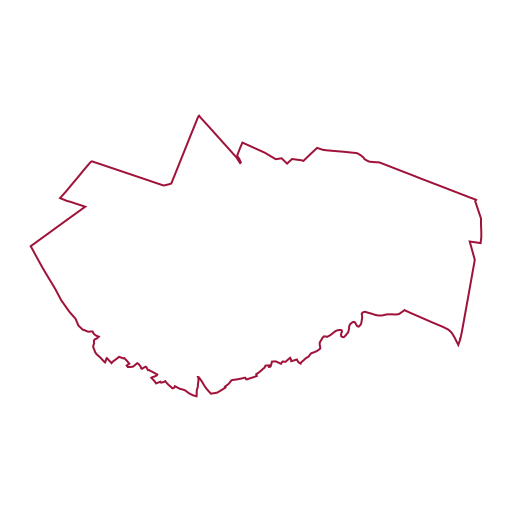 Horodnic De Jos, Suceava, Romania (Mercator projection)
{"feature_id": "2599482B73585952191723", "entity_name": "Horodnic De Jos", "entity_type": "district", "adm_level": 2, "iso_a3": "ROU", "parent_name": "Romania", "parent_adm1": "Suceava", "projection": "mercator", "projection_center": [25.836, 47.87], "detail": "fine", "context": "isolated", "style": "outline", "palette": "rose", "viewbox_px": 512, "rotation_deg": 0, "n_neighbors": 0, "source": "geoboundaries", "source_scale": "gbopen_adm2", "svg_char_len": 4793}
<svg xmlns="http://www.w3.org/2000/svg" viewBox="0 0 512 512"><path d="M480.6,243.1L481.3,237.2L481.3,232.1L481.0,224.3L481.0,218.5L475.2,201.2L475.6,200.5L476.1,199.9L475.1,199.4L469.9,197.5L450.8,190.1L443.6,187.3L422.7,179.3L411.6,174.9L401.2,170.9L388.4,165.9L386.6,165.2L380.6,162.9L379.2,162.4L375.8,162.2L373.6,162.1L370.5,161.8L368.9,161.5L367.2,160.7L365.3,159.6L364.5,159.1L364.0,158.3L363.3,157.4L361.2,155.6L358.0,153.6L356.6,153.1L355.9,153.0L351.8,152.6L343.1,151.7L334.5,151.0L326.5,150.3L324.2,150.0L322.5,149.7L320.4,149.0L317.1,147.9L310.7,153.9L303.4,160.9L301.6,160.3L292.1,159.0L290.1,160.8L287.1,163.6L281.6,158.3L275.7,159.2L265.0,152.8L242.4,142.6L239.8,148.7L237.4,154.9L237.3,155.8L237.5,156.4L238.2,157.4L239.3,158.9L239.7,160.0L240.5,161.6L240.8,162.4L240.5,162.8L240.1,163.1L236.6,157.6L208.7,126.5L200.7,117.8L199.1,115.7L198.5,116.3L197.7,117.9L193.1,129.3L191.4,133.4L185.0,149.4L175.7,172.6L171.5,183.0L171.1,183.6L168.2,184.5L163.6,185.5L158.2,183.7L142.6,178.4L109.7,167.3L92.1,161.4L91.4,161.5L90.9,161.8L90.1,162.6L88.5,164.5L83.4,170.5L79.1,175.8L68.6,188.3L66.0,191.5L60.0,198.1L67.1,201.0L68.5,201.3L70.0,201.7L77.6,204.2L83.7,206.2L85.2,206.7L67.6,219.4L30.7,246.2L32.0,248.5L35.9,255.7L43.1,268.8L55.1,288.7L61.3,300.4L69.4,311.8L75.5,318.7L78.5,325.7L82.9,329.8L84.7,330.2L86.4,331.1L88.4,331.7L89.5,331.6L91.9,331.4L92.7,331.6L93.2,332.9L94.4,334.4L96.3,335.7L98.8,336.7L98.2,337.3L97.6,337.9L96.2,338.8L94.6,339.4L93.9,340.8L94.0,342.0L94.1,343.3L93.2,345.9L93.4,347.8L94.2,349.5L95.2,352.3L96.7,354.3L98.8,356.2L100.7,357.9L102.5,359.9L103.3,360.8L105.0,362.4L105.1,362.2L105.5,361.5L105.8,360.6L106.1,359.7L106.4,358.8L106.8,358.1L107.0,358.2L109.1,360.5L111.1,362.6L111.5,363.1L112.4,362.0L113.2,361.3L113.9,360.8L115.7,359.5L117.6,358.0L119.1,356.8L123.4,358.4L124.2,358.0L126.8,360.7L129.3,363.7L126.7,365.5L127.8,367.0L131.2,366.9L133.1,366.6L135.3,364.8L137.2,363.2L137.7,363.6L138.7,364.0L139.5,365.2L140.3,366.2L141.1,367.6L141.2,368.4L142.0,368.8L143.6,367.8L145.5,366.7L146.3,367.0L147.2,368.8L148.1,370.2L149.0,370.0L149.6,370.5L152.2,371.7L154.4,373.0L157.3,374.5L156.8,375.4L154.6,376.5L152.4,377.1L151.3,377.8L153.9,380.4L155.1,382.0L156.1,383.4L160.4,381.7L161.0,382.6L162.6,382.4L164.2,381.8L165.3,381.1L165.7,381.8L168.3,384.7L170.0,386.1L172.5,388.3L173.1,388.2L174.1,387.7L174.7,386.8L174.9,386.2L180.0,388.9L181.4,389.2L183.0,389.6L184.4,390.1L185.5,390.6L186.6,391.5L188.5,392.9L190.1,393.9L192.4,395.0L193.3,395.4L194.9,395.8L195.9,396.1L196.5,396.3L196.7,395.0L196.7,393.1L196.7,391.8L196.8,390.2L197.0,389.4L197.7,387.4L197.8,386.6L197.9,384.8L198.1,383.2L198.4,381.1L198.5,378.8L198.3,377.8L198.0,377.0L198.3,377.0L198.7,377.2L199.3,377.9L200.3,379.3L201.7,381.2L202.9,383.2L204.1,385.3L205.7,387.7L207.1,389.4L208.9,391.5L211.0,393.7L213.2,393.3L216.5,392.8L217.7,392.4L218.2,392.0L220.1,390.9L224.0,388.5L225.4,387.6L224.9,387.0L224.8,386.8L224.9,386.7L228.2,384.2L229.0,383.5L230.8,381.1L231.5,380.3L232.0,380.1L233.8,379.8L237.1,379.4L239.5,378.9L241.7,378.5L244.3,377.8L245.1,377.7L245.5,378.0L245.8,378.8L246.1,379.2L246.4,379.4L247.1,379.3L249.9,378.3L253.2,377.3L256.8,376.0L256.2,374.2L259.1,372.3L261.6,370.2L262.8,369.0L264.6,367.6L265.5,365.6L269.3,365.4L269.1,366.9L270.0,366.8L270.6,366.4L272.0,361.6L274.4,361.4L275.6,361.4L276.7,361.8L281.0,363.8L281.7,362.7L282.3,361.8L282.8,361.5L283.7,361.6L284.7,361.8L285.4,361.8L286.0,361.4L287.9,359.7L290.1,357.8L290.4,358.3L290.9,359.3L291.2,360.6L291.3,361.2L293.7,360.5L296.9,359.5L297.5,360.7L298.0,361.6L298.7,362.4L299.5,363.0L300.6,363.6L301.0,362.6L302.6,361.1L303.7,360.2L305.3,358.7L306.6,357.7L308.4,356.8L309.9,354.8L311.3,353.2L314.0,352.3L316.8,351.1L319.0,349.6L320.2,348.6L320.2,347.2L319.7,344.6L319.7,342.9L320.4,341.3L321.2,340.1L322.6,337.7L323.9,336.4L325.5,336.4L327.0,336.9L328.5,336.1L330.1,335.3L332.3,333.6L333.8,332.4L336.0,330.8L337.5,330.3L340.3,329.9L341.7,330.3L342.0,331.5L341.3,333.2L341.0,334.6L341.2,336.2L342.6,337.1L343.9,337.1L345.6,335.5L347.2,333.5L348.1,332.3L348.5,331.1L349.0,328.8L349.1,326.9L349.5,325.4L350.4,323.9L352.6,322.2L353.9,321.8L355.2,322.7L356.1,324.4L357.1,326.0L358.6,326.7L359.6,325.8L361.1,323.9L361.5,322.0L361.7,320.6L362.1,318.3L362.1,315.6L361.7,313.9L362.3,312.8L363.9,312.0L365.4,311.8L366.9,312.4L368.1,312.7L368.7,312.9L371.0,313.5L373.4,314.3L375.3,314.9L377.7,315.4L379.7,315.5L381.6,315.5L383.4,315.2L386.1,314.5L388.4,314.3L391.6,314.3L395.0,314.5L397.1,314.4L399.1,314.0L400.5,313.0L403.1,311.2L404.3,310.1L408.5,312.0L410.9,313.1L419.7,316.9L432.9,322.7L435.4,323.7L443.2,327.0L448.0,329.4L450.3,331.3L452.3,333.6L454.8,338.0L458.3,344.9L460.3,339.2L460.0,338.6L460.7,337.4L461.9,331.7L468.4,295.7L474.8,259.8L469.7,241.5L480.6,243.1Z" fill="none" stroke="#9f1239" stroke-width="2"/></svg>